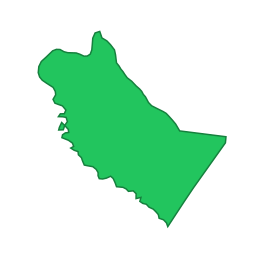 Floresta, Paraná, Brazil, rotated 100°
{"feature_id": "56859067B84288078304543", "entity_name": "Floresta", "entity_type": "district", "adm_level": 2, "iso_a3": "BRA", "parent_name": "Brazil", "parent_adm1": "Paraná", "projection": "natural_earth1", "projection_center": [-52.094, -23.605], "detail": "fine", "context": "isolated", "style": "filled", "palette": "green", "viewbox_px": 256, "rotation_deg": 100, "n_neighbors": 0, "source": "geoboundaries", "source_scale": "gbopen_adm2", "svg_char_len": 1551}
<svg xmlns="http://www.w3.org/2000/svg" viewBox="0 0 256 256"><g transform="rotate(100 128 128)"><path d="M104.7,205.9L107.9,205.0L112.8,206.8L116.3,204.2L117.6,196.4L121.1,192.3L125.0,193.2L125.8,197.1L128.9,198.5L128.3,194.2L128.3,190.8L132.2,188.8L136.5,190.8L139.7,186.6L142.7,185.6L143.7,188.9L146.1,191.3L149.0,191.4L150.4,184.6L152.5,180.1L155.6,178.3L157.7,180.9L159.3,177.1L159.9,173.1L163.0,172.2L165.3,168.7L168.1,167.2L172.1,164.6L172.2,160.8L172.2,155.9L174.3,152.1L177.1,149.7L180.2,149.2L182.9,147.5L182.6,144.1L181.1,140.5L178.5,136.7L180.3,133.8L184.1,131.2L187.8,129.1L187.3,122.6L188.4,119.1L190.3,116.6L189.0,111.9L191.3,108.6L196.1,107.8L194.1,103.2L198.2,103.6L199.7,100.3L199.9,96.7L202.3,93.6L203.5,89.1L205.5,86.2L208.0,83.1L211.5,81.7L212.2,77.1L214.7,73.7L218.2,71.7L190.5,59.8L175.4,53.1L125.7,29.5L122.9,29.7L119.6,30.0L121.9,76.6L115.8,81.8L112.5,85.7L109.0,90.2L107.0,92.9L105.7,96.2L103.6,103.4L102.0,108.6L99.3,112.3L94.3,116.2L92.2,118.8L89.6,120.8L87.6,123.3L85.1,127.4L81.3,132.5L78.7,137.5L75.8,140.5L73.3,142.8L71.3,145.2L68.5,147.6L65.9,150.6L62.4,151.7L58.1,153.0L53.4,154.9L49.0,159.7L45.9,163.9L43.8,169.3L37.8,172.6L40.1,176.9L45.7,178.3L51.6,177.7L57.4,177.2L61.8,178.0L64.2,180.6L64.9,183.8L63.7,188.3L63.1,192.1L64.3,200.4L64.0,204.3L62.5,208.6L63.0,212.2L65.1,215.6L72.5,221.0L77.5,224.9L83.0,226.5L89.1,226.0L93.1,223.9L95.8,220.8L98.1,215.8L101.0,208.8L104.7,205.9ZM136.5,190.8L134.1,194.3L139.3,195.7L142.0,195.9L141.0,191.4L136.5,190.8Z" fill="#22c55e" stroke="#15803d" stroke-width="1.5"/></g></svg>